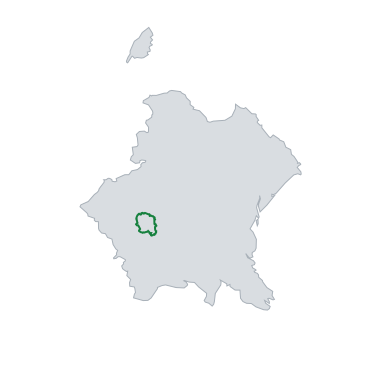 where Aube sits in France, rotated 210°
{"feature_id": "FRA-5270", "entity_name": "Aube", "entity_type": "Metropolitan department", "adm_level": 1, "iso_a3": "FRA", "parent_name": "France", "parent_adm1": "", "projection": "albers", "projection_center": [4.051, 48.317], "detail": "fine", "context": "in_parent", "style": "outline", "palette": "green", "viewbox_px": 384, "rotation_deg": 210, "n_neighbors": 0, "source": "natural_earth", "source_scale": "10m", "svg_char_len": 5945}
<svg xmlns="http://www.w3.org/2000/svg" viewBox="0 0 384 384"><g transform="rotate(210 192 192)"><path d="M274.6,158.4L272.6,159.6L271.4,162.0L270.1,162.6L267.7,162.7L266.5,161.4L263.7,162.4L262.6,163.9L264.4,165.7L258.9,173.3L255.4,175.4L254.7,180.3L250.5,184.1L249.0,188.0L248.9,188.7L250.0,190.0L249.6,192.5L247.5,194.2L247.5,195.8L248.1,196.0L251.5,194.6L252.7,193.1L252.0,191.1L255.3,188.5L261.4,188.9L262.2,192.2L261.5,195.0L266.1,200.9L262.4,203.8L262.2,205.7L266.4,211.6L269.0,214.0L267.8,218.1L263.7,220.9L261.0,220.8L259.9,221.5L260.0,222.7L262.0,226.4L266.7,228.6L267.4,231.3L266.2,232.4L264.3,236.6L265.3,238.7L264.9,239.6L265.5,241.0L266.7,242.4L273.2,245.7L279.0,244.7L279.8,246.8L276.5,252.4L276.8,254.9L275.0,255.0L274.8,255.8L271.2,257.8L265.6,263.6L263.0,265.3L262.0,268.2L260.4,269.8L252.1,273.2L250.5,272.6L246.4,272.7L243.9,270.8L238.9,269.6L237.3,266.7L232.7,266.2L232.5,264.3L226.1,266.1L217.1,263.5L213.9,260.7L211.3,261.4L209.0,264.0L199.3,270.6L195.4,277.6L196.0,285.7L198.2,289.8L192.2,289.1L188.7,290.2L187.7,291.9L179.3,289.7L176.1,291.3L175.2,291.2L174.2,289.4L170.1,287.4L170.8,286.1L170.2,284.8L166.4,283.8L165.0,284.9L163.6,282.5L152.8,278.3L151.1,278.3L150.2,282.0L143.2,281.5L142.2,280.8L137.7,281.4L133.1,277.7L127.7,278.0L124.7,274.3L121.5,273.8L117.2,271.7L115.2,270.6L115.0,269.6L113.6,271.1L111.9,270.6L111.6,270.1L112.8,268.2L113.2,265.9L107.8,263.9L106.4,262.1L106.5,261.2L109.5,260.7L112.4,257.7L115.8,246.4L118.5,233.0L120.1,230.5L121.8,230.0L120.6,228.0L118.7,230.3L120.6,218.0L123.1,208.8L127.4,212.9L128.3,214.6L129.3,220.3L131.7,222.7L130.2,220.4L129.0,212.9L128.2,210.7L121.4,204.0L121.3,202.6L124.4,203.6L123.4,198.8L123.3,189.1L119.1,187.8L112.6,183.2L108.4,175.4L108.1,172.5L109.6,169.7L108.6,167.7L106.8,166.3L108.5,163.9L109.9,163.7L114.7,165.6L110.9,162.9L104.4,163.2L101.9,162.1L101.6,160.3L103.5,158.2L101.5,156.6L97.8,156.6L97.4,156.0L98.6,154.5L97.7,153.8L94.7,154.2L93.0,153.5L91.6,151.5L86.8,150.6L85.8,149.5L79.4,146.7L72.4,146.3L70.9,142.4L66.9,140.2L67.9,139.1L72.2,138.5L73.1,137.5L70.2,135.7L69.3,134.1L74.9,134.4L72.6,132.5L67.1,132.0L66.7,129.7L67.6,127.5L71.0,125.9L79.1,124.5L84.8,125.1L89.1,122.9L93.1,122.6L96.8,124.2L101.4,131.0L105.7,128.6L111.8,129.2L112.9,130.9L114.8,128.1L116.0,129.9L123.5,129.9L121.8,128.6L120.6,125.8L121.1,115.8L117.8,108.2L117.1,105.5L117.5,103.3L121.8,104.1L125.5,103.3L127.2,104.1L127.3,108.8L128.7,111.6L138.8,113.1L144.6,114.9L149.6,112.5L154.3,111.6L154.7,111.0L152.0,111.1L149.6,109.8L149.4,108.6L150.8,105.0L158.0,101.3L168.4,98.3L171.1,96.1L174.2,92.1L173.6,91.0L174.4,79.8L176.0,76.1L179.9,73.6L189.7,71.1L190.8,74.7L190.7,76.7L193.3,79.9L194.5,80.9L198.8,79.3L200.8,82.3L201.4,85.6L206.6,87.0L208.1,91.3L209.0,90.4L212.3,90.6L213.8,90.9L215.9,92.8L215.3,95.4L216.2,96.7L215.3,99.1L215.9,100.1L221.9,100.0L223.7,99.0L224.5,96.6L226.3,95.1L227.0,95.6L225.9,100.0L226.8,101.1L227.2,104.3L229.5,104.6L234.0,107.0L237.8,111.2L242.4,110.4L246.1,112.6L249.8,111.3L253.4,112.5L254.7,113.7L258.2,119.5L260.7,118.2L262.6,118.8L263.2,120.5L270.0,119.2L271.3,120.8L272.8,121.4L281.6,123.2L281.8,125.4L277.1,131.9L275.3,141.0L273.9,144.2L273.5,146.5L274.0,148.1L273.8,150.5L273.0,156.4L273.7,158.1L274.6,158.4ZM314.8,276.9L314.6,280.6L316.1,283.2L317.3,293.7L314.9,299.0L314.8,305.3L311.7,312.9L306.0,309.9L304.2,308.2L305.5,305.3L302.2,304.0L302.9,301.2L302.4,299.9L300.2,299.9L300.0,299.2L301.5,297.0L301.4,295.6L299.2,294.1L298.7,292.7L300.7,290.9L299.6,289.5L298.5,289.2L301.0,284.2L302.8,282.7L306.9,281.0L308.6,279.1L311.4,279.9L311.9,279.4L312.3,271.7L313.2,271.6L314.2,272.5L314.8,276.9ZM122.1,199.3L121.3,201.5L118.8,197.5L118.6,195.4L122.1,199.3Z" fill="#d9dde1" stroke="#a8b0b8" stroke-width="1"/><path d="M216.3,131.6L218.2,131.7L218.3,131.8L218.5,131.9L218.6,132.2L218.6,132.5L218.6,133.0L218.4,133.8L218.4,134.0L218.5,134.1L221.9,136.2L222.1,136.1L222.7,135.7L223.1,135.6L224.3,136.1L224.3,136.4L224.2,136.7L224.1,137.0L223.8,137.7L223.7,137.9L223.8,138.1L224.4,138.5L225.1,139.4L225.7,139.8L226.0,140.4L226.2,140.5L226.8,140.8L226.9,141.1L226.8,141.3L226.8,141.6L227.0,141.8L227.2,142.0L227.3,142.1L227.6,144.5L227.5,144.8L227.3,145.2L227.3,145.8L227.2,146.3L227.0,146.7L226.8,146.8L225.8,146.6L225.6,146.6L225.3,146.7L225.0,146.9L224.8,147.5L225.2,148.4L224.8,148.9L224.4,149.2L224.2,149.3L223.9,149.3L223.4,149.1L223.1,149.1L222.9,149.2L222.6,149.6L222.5,149.8L222.5,150.0L222.4,150.3L222.2,150.4L218.6,150.9L217.9,151.4L217.7,151.4L217.4,151.2L217.1,150.8L216.8,150.3L216.7,150.2L216.6,150.3L216.6,150.6L216.6,150.9L216.6,151.0L216.4,151.0L216.2,150.8L216.0,150.7L215.8,150.7L215.6,150.8L215.4,151.1L215.2,151.2L214.7,151.2L214.3,151.1L214.2,151.1L213.8,151.4L213.7,151.5L213.4,151.4L213.1,151.3L212.9,151.3L212.2,151.3L211.8,151.3L211.6,151.2L211.4,150.8L211.4,150.7L211.5,150.1L211.4,150.0L211.3,149.9L211.1,149.9L210.8,150.0L210.7,150.0L210.3,149.8L210.2,149.7L210.3,149.4L210.6,149.4L210.7,149.1L209.4,146.9L209.1,146.5L208.9,146.3L208.8,146.1L208.8,145.9L208.7,145.7L208.3,145.4L208.1,145.5L208.0,145.8L207.7,145.9L207.4,145.9L207.1,145.7L206.6,145.2L206.0,144.9L206.1,144.6L206.4,144.3L206.5,144.2L206.5,143.9L206.5,143.5L206.4,143.4L206.5,143.2L206.4,143.0L206.3,142.8L206.1,142.4L205.1,141.0L204.8,140.7L204.5,140.5L204.0,140.2L203.8,140.2L203.5,140.2L203.4,140.2L203.3,139.9L203.3,139.7L203.2,139.3L202.9,139.1L202.9,138.9L202.9,138.6L203.0,138.3L203.0,138.1L202.8,137.7L203.0,137.3L203.3,137.0L203.4,136.9L203.2,136.5L203.1,136.4L203.1,136.2L203.5,136.1L203.9,136.0L204.1,135.9L204.2,135.6L204.3,135.1L204.6,134.7L205.3,134.0L205.8,134.0L206.4,134.9L206.8,134.9L207.0,135.6L207.0,135.9L207.3,135.7L207.7,135.6L208.0,135.5L208.2,135.4L208.3,135.3L208.3,135.2L208.5,135.3L208.8,135.8L209.5,136.1L210.2,136.2L210.5,136.3L210.6,135.6L210.7,135.4L210.9,135.1L211.2,135.0L213.2,132.9L213.4,132.8L213.7,132.8L214.0,132.7L214.4,132.0L214.7,132.0L215.0,132.0L216.3,131.6Z" fill="none" stroke="#15803d" stroke-width="2"/></g></svg>